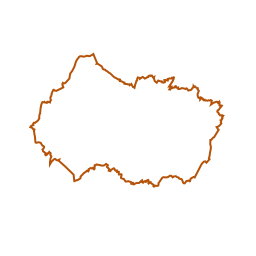 the district of Juárez, Michoacán, Mexico, rotated 217°
{"feature_id": "50627088B88478312202037", "entity_name": "Juárez", "entity_type": "district", "adm_level": 2, "iso_a3": "MEX", "parent_name": "Mexico", "parent_adm1": "Michoacán", "projection": "equal_earth", "projection_center": [-100.442, 19.293], "detail": "fine", "context": "isolated", "style": "outline", "palette": "amber", "viewbox_px": 256, "rotation_deg": 217, "n_neighbors": 0, "source": "geoboundaries", "source_scale": "gbopen_adm2", "svg_char_len": 5787}
<svg xmlns="http://www.w3.org/2000/svg" viewBox="0 0 256 256"><g transform="rotate(217 128 128)"><path d="M211.9,97.2L211.8,95.9L211.5,95.3L211.3,94.4L209.5,90.8L208.1,88.6L207.5,87.4L207.0,86.9L206.8,85.5L205.1,82.7L204.6,82.3L204.4,80.0L204.7,78.2L205.2,77.1L205.2,76.4L205.4,76.1L206.3,75.6L206.4,75.2L206.2,74.2L205.8,73.8L205.3,73.5L205.3,73.3L206.0,72.7L206.3,72.1L206.7,70.7L206.5,69.9L205.2,70.5L204.9,70.3L204.0,70.4L203.3,70.0L202.2,70.5L201.8,70.5L201.6,69.9L201.8,69.6L199.1,66.8L196.7,64.7L194.4,62.0L193.1,60.8L192.5,60.9L191.9,61.5L191.0,62.7L189.2,63.5L188.6,63.6L186.9,62.8L185.5,62.4L184.6,62.7L183.9,62.6L183.4,62.1L183.2,61.3L183.2,60.6L183.4,59.4L182.5,58.9L181.9,58.3L178.9,58.3L178.3,57.3L178.1,57.4L177.7,58.2L177.5,57.9L177.3,56.7L177.2,56.7L176.7,57.8L176.5,59.7L176.5,61.4L176.0,61.2L174.9,61.4L174.3,60.9L174.0,59.9L172.0,59.1L171.7,57.4L171.2,56.4L169.7,53.7L168.5,52.1L168.8,54.5L168.4,57.7L168.1,58.9L167.8,59.4L165.6,59.4L164.8,59.7L163.9,61.2L163.7,60.2L155.3,59.5L143.4,58.0L138.9,53.3L137.2,55.9L136.9,56.0L135.7,59.3L136.5,60.3L136.6,61.8L136.2,63.6L136.2,64.7L136.1,65.5L135.4,67.2L135.1,69.2L134.8,69.6L133.7,69.4L133.7,70.4L134.6,71.5L134.1,72.7L133.6,73.7L132.4,73.9L132.0,75.1L130.2,74.6L130.1,75.2L132.2,78.2L131.9,78.5L131.4,78.8L131.3,79.9L125.6,82.6L124.4,84.1L123.9,86.1L121.6,86.2L121.5,84.3L121.0,84.1L119.8,84.2L119.6,84.0L118.3,83.9L117.7,82.3L116.1,83.0L116.4,83.8L116.0,85.2L115.2,87.2L114.5,87.4L113.1,86.5L112.3,86.4L111.4,87.4L111.0,87.5L110.2,86.3L108.9,87.4L107.6,85.6L107.2,85.4L105.8,86.9L105.2,87.0L104.7,86.4L104.0,84.4L103.6,83.9L102.2,84.1L100.7,84.8L97.7,83.8L97.0,84.3L95.8,85.7L92.7,86.7L91.9,85.4L91.4,85.6L90.8,87.2L90.4,87.1L90.1,86.2L89.7,86.2L89.2,86.8L88.7,88.2L87.7,89.6L86.2,90.6L86.0,91.2L85.9,92.0L85.5,92.5L85.7,93.6L85.3,94.6L84.1,93.3L83.6,93.2L83.0,93.5L83.1,94.8L82.4,95.9L81.6,95.5L81.3,95.6L81.2,97.9L80.6,98.7L80.0,98.5L78.6,96.2L78.2,96.0L78.0,96.5L77.9,97.8L77.3,98.4L76.5,97.8L73.4,98.0L72.7,96.8L72.0,96.8L71.8,97.0L71.6,98.2L71.0,98.7L70.4,98.9L69.3,99.9L69.3,100.5L69.5,101.1L70.4,102.2L70.7,109.0L70.1,110.0L67.8,111.5L66.5,112.9L65.8,115.2L64.4,115.9L62.7,115.4L62.1,117.1L60.7,118.3L59.0,118.3L57.8,118.9L56.7,118.4L54.2,119.4L50.7,117.4L49.9,117.5L49.4,118.0L49.4,120.7L47.8,122.6L46.6,122.6L46.6,123.3L47.5,125.2L46.8,127.0L46.0,128.5L45.0,128.7L47.5,143.5L47.2,146.7L46.3,147.8L44.5,147.5L44.1,152.2L45.2,152.5L45.8,154.3L47.5,157.4L49.6,161.6L50.8,163.2L52.5,164.5L55.0,168.0L54.4,168.6L54.2,171.5L53.7,172.5L54.5,180.8L54.7,180.7L54.9,181.0L57.8,182.1L56.7,183.7L56.2,186.3L56.3,187.9L57.1,188.1L57.9,189.9L58.6,190.0L58.2,190.7L58.6,191.8L58.4,192.0L58.5,192.1L58.4,192.4L59.4,193.3L59.1,194.0L59.5,194.5L59.4,195.1L60.4,194.9L62.1,193.5L63.5,193.8L63.5,194.0L64.1,194.1L65.0,194.6L66.4,194.7L66.8,195.2L67.0,195.9L66.6,196.7L66.5,197.4L66.6,199.5L66.5,199.9L66.6,200.3L66.4,201.3L66.5,202.3L67.6,201.8L67.6,201.0L68.7,201.1L70.2,203.5L70.8,203.9L70.8,203.1L71.1,202.2L71.3,202.3L71.6,203.1L72.3,202.6L72.9,202.4L73.6,201.6L74.4,200.2L74.8,199.9L75.8,196.8L76.1,197.7L77.3,199.6L77.5,200.1L78.0,199.8L78.4,199.9L78.6,200.1L78.9,200.0L79.2,199.2L79.6,198.9L80.3,198.7L81.1,197.5L82.5,196.9L82.8,196.5L83.1,196.5L83.7,196.8L83.9,196.6L83.7,196.2L84.0,195.8L84.9,196.1L85.2,195.8L85.5,195.9L86.1,196.5L86.4,196.5L87.0,195.9L87.3,196.1L87.5,194.2L88.1,195.0L88.2,195.6L88.7,195.9L89.4,194.8L89.8,194.5L91.3,195.3L92.8,196.8L93.8,200.3L95.0,200.6L95.3,200.9L96.0,201.0L96.2,201.7L98.8,201.1L99.1,201.1L99.8,201.5L100.6,200.5L100.8,200.6L100.3,199.7L100.6,198.5L100.5,197.1L100.6,196.4L102.4,194.2L103.6,194.7L105.0,194.9L105.4,194.6L105.5,193.8L107.6,193.0L109.0,192.3L110.0,190.5L111.3,189.4L111.9,189.8L112.4,190.5L113.3,189.5L114.0,189.4L114.9,190.2L115.3,190.0L115.4,189.7L115.2,188.3L116.0,187.7L116.7,186.5L117.6,185.7L117.4,184.1L118.2,183.7L118.3,187.1L120.1,185.8L120.6,193.0L121.3,195.1L121.7,195.2L121.8,196.0L122.0,196.0L122.3,195.2L122.6,194.9L123.1,194.7L122.9,193.8L123.1,193.6L124.7,192.6L125.7,191.2L125.1,190.9L124.8,189.8L126.6,189.1L127.3,188.7L127.8,188.1L126.2,187.1L126.1,186.9L126.6,186.2L126.7,185.8L127.1,185.7L128.2,185.0L128.7,185.5L129.1,185.6L129.3,185.2L129.8,184.9L132.4,184.1L132.3,181.5L134.7,181.5L137.4,183.4L137.8,184.4L138.2,183.4L139.6,183.8L140.3,184.3L141.1,183.8L141.4,183.1L141.9,183.2L142.7,182.4L142.9,181.6L142.5,180.9L143.3,180.1L143.4,179.2L144.3,177.6L146.4,177.7L147.1,177.6L148.1,174.5L148.7,175.0L150.6,174.3L150.2,172.7L149.5,171.8L149.5,171.6L149.7,170.9L149.2,169.9L149.2,169.5L148.3,166.9L147.0,164.0L148.6,164.0L148.8,163.8L151.6,165.0L151.5,164.4L152.3,164.0L152.5,163.3L153.1,163.8L154.2,162.8L155.4,162.5L156.5,161.6L157.7,161.2L158.2,162.1L158.5,161.9L160.8,161.4L161.4,161.4L162.7,160.6L163.2,161.2L163.5,161.9L164.0,161.7L164.0,161.0L164.9,161.2L165.4,160.9L168.2,160.6L168.5,160.4L170.1,160.3L174.9,160.9L176.2,160.7L179.6,160.8L180.3,160.5L181.5,160.8L182.7,160.1L183.4,160.0L184.2,160.3L184.7,160.8L185.6,161.2L186.6,161.4L191.1,161.0L191.7,160.4L191.9,161.3L200.2,166.2L200.8,164.4L201.3,163.6L201.6,162.6L202.4,161.9L204.3,161.0L205.0,159.9L206.3,158.3L208.6,157.2L209.6,156.2L209.6,155.6L209.9,155.3L209.9,154.9L209.8,153.9L209.9,152.6L209.6,149.9L207.6,144.4L206.9,139.7L206.9,136.8L205.6,134.0L205.0,133.2L204.6,132.2L205.1,126.5L205.6,125.5L206.6,124.7L207.1,124.8L207.0,123.9L206.0,122.6L205.3,122.4L204.1,121.5L207.6,114.5L209.0,113.8L210.3,113.9L210.5,113.6L210.2,111.4L209.7,109.9L209.8,109.7L209.2,108.8L208.6,107.3L208.4,105.8L208.1,105.3L207.4,104.6L206.9,104.4L206.2,103.7L206.3,102.4L205.7,101.5L207.2,100.9L207.4,100.6L207.9,100.7L208.3,99.8L208.0,99.3L208.4,99.0L208.9,98.8L209.0,98.7L209.6,98.6L210.0,98.3L210.5,98.6L211.3,97.3L211.5,97.4L211.9,97.2Z" fill="none" stroke="#b45309" stroke-width="2"/></g></svg>